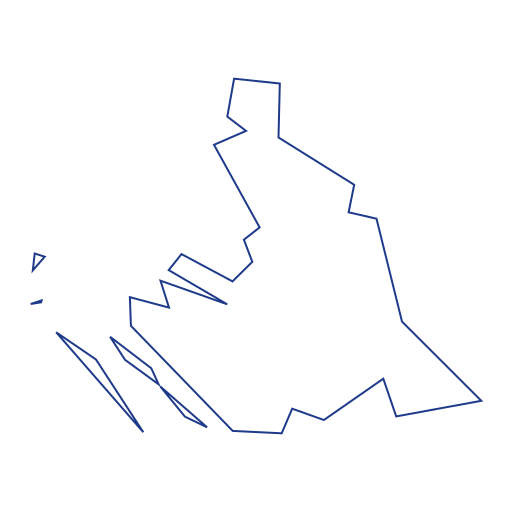 an SVG outline of Zadarska
{"feature_id": "HRV-1493", "entity_name": "Zadarska", "entity_type": "County", "adm_level": 1, "iso_a3": "HRV", "parent_name": "Croatia", "parent_adm1": "", "projection": "equal_earth", "projection_center": [15.553, 44.407], "detail": "coarse", "context": "isolated", "style": "outline", "palette": "blue", "viewbox_px": 512, "rotation_deg": 0, "n_neighbors": 0, "source": "natural_earth", "source_scale": "10m", "svg_char_len": 718}
<svg xmlns="http://www.w3.org/2000/svg" viewBox="0 0 512 512"><path d="M279.8,83.5L278.5,137.5L354.2,184.8L348.6,212.3L376.5,218.7L402.0,321.6L481.3,400.8L396.2,416.4L383.3,378.7L323.9,420.0L292.2,408.7L281.7,433.3L232.7,430.9L130.9,325.8L129.9,297.2L169.0,307.6L160.5,280.7L227.2,304.3L168.7,270.1L181.5,254.1L232.5,281.4L252.3,261.8L243.9,239.7L259.6,227.4L214.0,144.8L246.0,130.9L227.3,116.6L234.1,78.7L279.8,83.5ZM96.0,359.5L143.3,432.2L56.2,332.3L96.0,359.5ZM185.0,416.7L160.3,386.5L207.1,427.3L185.0,416.7ZM158.6,384.3L125.0,359.8L110.1,336.8L151.3,368.3L158.6,384.3ZM44.7,256.7L32.8,270.4L34.7,253.5L44.7,256.7ZM30.7,304.0L41.6,300.4L41.1,302.3L30.7,304.0Z" fill="none" stroke="#1e3a8a" stroke-width="2"/></svg>